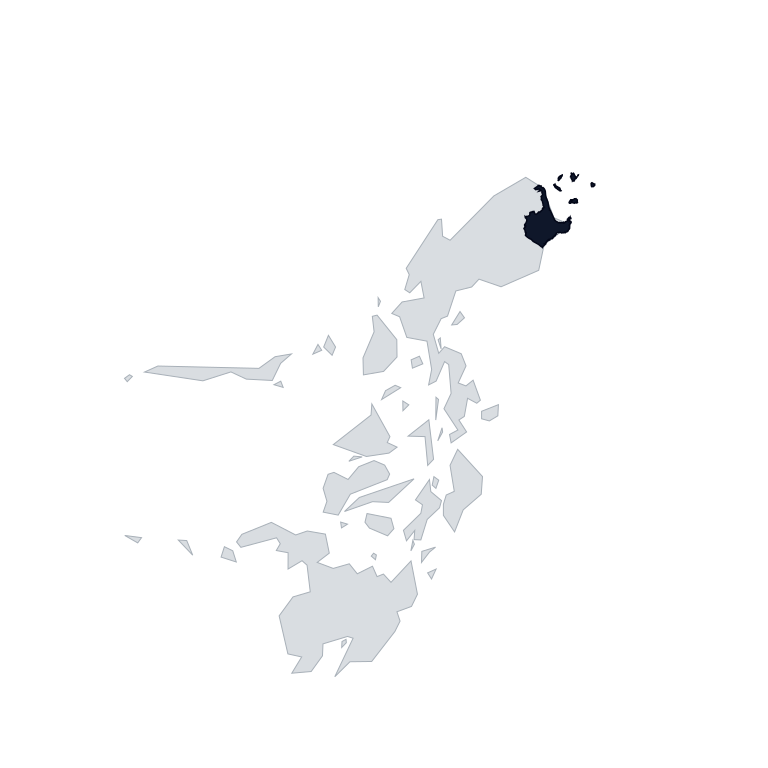 location of Cagayan, Cagayan, Philippines, rotated 45°
{"feature_id": "2640588B33083527354868", "entity_name": "Cagayan", "entity_type": "district", "adm_level": 2, "iso_a3": "PHL", "parent_name": "Philippines", "parent_adm1": "Cagayan", "projection": "mercator", "projection_center": [121.776, 18.537], "detail": "fine", "context": "in_parent", "style": "filled", "palette": "ink", "viewbox_px": 768, "rotation_deg": 45, "n_neighbors": 0, "source": "geoboundaries", "source_scale": "gbopen_adm2", "svg_char_len": 9602}
<svg xmlns="http://www.w3.org/2000/svg" viewBox="0 0 768 768"><g transform="rotate(45 384 384)"><path d="M357.7,133.2L386.7,146.3L403.1,139.6L398.7,172.2L413.0,194.2L398.0,232.5L377.0,242.7L377.4,253.4L369.0,267.4L380.9,291.1L378.2,297.4L383.7,314.0L401.0,323.6L400.5,314.8L417.2,308.0L429.2,313.2L435.7,330.8L443.3,327.4L444.3,318.3L463.6,327.3L463.2,332.0L453.2,335.0L463.7,350.1L462.4,356.5L476.3,359.5L473.1,378.2L466.0,373.3L468.8,364.3L443.9,359.1L438.1,343.2L416.0,324.5L411.0,325.3L418.8,345.1L416.2,353.1L407.4,340.0L384.1,323.3L367.2,334.9L347.5,325.4L339.6,328.6L338.8,313.2L351.5,294.8L337.5,285.3L337.7,301.3L331.9,302.5L324.5,288.8L317.9,286.5L305.9,229.7L308.1,226.8L321.0,238.1L329.1,235.6L328.7,173.3L338.1,137.6L357.7,133.2ZM528.2,490.0L556.3,509.0L560.7,521.8L554.2,535.9L563.0,540.3L566.7,551.3L571.5,588.9L556.3,604.5L556.2,625.8L541.9,585.6L536.7,588.3L524.6,610.9L532.7,619.7L535.8,638.8L523.3,653.7L518.8,635.2L506.9,642.8L473.8,622.1L470.2,598.9L478.8,583.1L457.7,566.5L451.0,566.9L447.0,582.7L435.5,571.1L425.6,577.9L423.6,570.3L416.8,568.7L398.3,600.7L391.4,599.9L389.8,590.8L402.2,561.5L428.3,553.2L433.7,542.2L448.7,531.6L464.9,542.3L462.9,557.4L478.5,550.3L486.6,535.7L499.3,537.1L504.7,521.0L515.3,525.1L518.0,518.8L529.2,519.3L528.2,490.0ZM444.3,509.1L431.6,517.6L426.6,507.3L414.7,500.8L408.3,487.4L411.1,481.9L426.1,476.9L424.6,460.4L431.1,445.2L441.8,440.9L451.7,443.7L453.9,449.4L438.1,485.7L444.3,509.1ZM519.1,379.8L530.7,393.2L529.0,417.0L538.5,438.7L518.9,434.9L511.1,427.1L506.5,418.5L509.6,410.2L488.2,394.8L482.3,378.1L519.1,379.8ZM389.5,406.7L425.4,417.0L427.7,423.1L437.9,419.4L436.4,429.3L422.8,447.7L391.0,462.7L396.8,415.1L389.5,406.7ZM253.7,509.8L206.2,544.9L211.4,531.2L284.5,461.4L287.7,441.7L297.3,428.2L296.3,442.5L302.5,460.5L283.2,477.9L267.2,483.7L253.7,509.8ZM330.4,340.2L361.7,343.6L374.1,355.7L374.8,375.4L363.0,392.1L350.7,380.4L340.1,354.1L327.9,344.4L330.4,340.2ZM493.2,427.0L507.1,425.8L510.8,432.3L510.3,449.2L520.3,468.2L515.3,472.8L509.3,465.8L510.8,479.0L501.2,473.7L501.5,449.4L496.6,442.2L488.2,443.7L483.7,419.4L493.2,427.0ZM446.2,502.1L446.8,481.7L472.3,429.8L471.0,464.5L459.1,475.3L446.2,502.1ZM493.9,488.8L475.6,496.2L468.3,495.2L463.6,487.6L483.9,474.0L493.3,479.3L493.9,488.8ZM441.0,377.6L472.3,402.2L472.5,410.7L450.2,392.2L437.9,403.8L441.0,377.6ZM484.6,335.6L477.6,339.6L472.3,334.3L479.5,317.7L487.0,326.0L484.6,335.6ZM405.4,614.3L391.2,621.6L386.2,611.9L395.0,608.9L405.4,614.3ZM310.3,388.9L323.6,392.1L327.0,400.4L315.2,400.5L310.3,388.9ZM389.4,339.3L397.2,342.3L392.9,352.7L386.1,347.7L389.4,339.3ZM355.2,634.2L369.8,640.3L348.9,639.8L355.2,634.2ZM536.7,483.7L529.1,475.6L535.8,462.9L535.0,470.6L536.7,483.7ZM398.4,374.8L393.3,396.7L389.8,387.6L392.8,377.0L398.4,374.8ZM321.2,664.1L322.2,670.5L307.8,674.4L321.2,664.1ZM394.1,280.3L393.6,290.2L390.1,294.4L386.5,279.0L394.1,280.3ZM420.1,451.0L413.8,463.5L413.7,456.3L420.1,451.0ZM316.1,404.2L312.6,413.2L309.3,402.7L316.1,404.2ZM494.5,421.1L489.6,421.4L484.8,414.2L490.7,413.3L494.5,421.1ZM416.3,381.2L416.3,389.5L409.3,382.7L416.3,381.2ZM555.5,488.3L548.4,486.7L551.7,478.0L555.5,488.3ZM433.5,356.4L446.1,372.9L430.1,356.6L433.5,356.4ZM315.1,457.7L306.7,462.3L309.0,455.0L315.1,457.7ZM457.3,508.9L455.7,515.8L451.0,512.3L457.3,508.9ZM459.4,376.5L462.2,386.2L456.0,373.9L459.4,376.5ZM200.8,563.9L196.5,563.5L197.5,557.4L200.7,556.6L200.8,563.9ZM502.2,514.3L496.7,514.7L496.3,511.0L499.5,510.3L502.2,514.3ZM540.4,600.2L536.4,595.8L537.7,591.4L540.3,593.6L540.4,600.2ZM323.0,328.0L325.4,333.5L318.8,327.1L323.0,328.0ZM518.8,475.8L521.0,483.0L515.0,474.2L518.8,475.8ZM392.3,119.1L385.9,123.8L390.5,116.9L392.3,119.1ZM399.6,318.8L391.0,314.5L391.2,311.6L399.6,318.8ZM369.0,100.8L374.5,106.1L368.4,102.6L369.0,100.8Z" fill="#d9dde1" stroke="#a8b0b8" stroke-width="1"/><path d="M370.5,170.6L370.9,171.1L370.8,171.9L371.0,172.2L371.4,172.3L371.6,172.2L371.9,171.9L372.4,172.0L372.2,172.4L372.7,172.9L372.3,173.0L372.6,173.2L372.8,173.8L372.8,174.4L373.1,175.2L373.8,175.2L374.3,175.5L375.1,175.6L376.1,176.3L376.2,176.6L377.1,176.9L377.3,176.3L377.7,176.4L378.4,177.6L378.2,177.7L378.5,178.0L378.7,178.7L379.0,178.9L381.2,178.8L383.2,178.5L384.6,178.1L384.5,177.9L385.7,177.6L388.7,177.7L394.6,176.0L398.0,175.7L398.6,175.4L399.5,175.5L399.1,174.0L399.3,173.4L399.1,172.5L399.3,172.0L398.9,171.5L399.3,170.8L399.1,170.5L398.9,170.6L399.1,170.3L398.7,169.9L398.7,169.4L398.4,169.2L398.5,168.5L398.5,168.3L398.4,168.4L398.4,167.8L398.1,167.3L398.3,166.3L398.6,166.3L398.9,165.9L398.8,165.7L398.5,165.6L398.7,165.4L398.6,165.2L398.8,165.2L398.7,165.0L399.0,165.0L399.0,164.8L399.3,164.7L399.1,164.1L399.1,163.4L399.6,162.9L399.6,162.7L400.1,162.5L400.0,162.2L400.2,161.8L399.8,161.7L399.7,161.2L399.9,160.7L399.7,160.6L399.7,159.7L400.0,159.5L399.7,159.0L400.0,158.8L400.2,158.4L399.9,158.0L400.1,157.7L399.5,157.0L399.7,156.2L399.9,156.0L399.3,155.8L399.2,155.5L399.3,154.9L399.8,153.7L400.4,153.6L400.9,152.5L401.1,152.5L401.2,152.2L403.0,151.5L403.1,151.2L403.1,150.8L404.0,150.2L404.1,149.8L404.6,149.4L404.4,149.0L404.8,148.9L404.7,148.8L404.7,148.6L405.3,148.2L405.3,147.8L405.8,146.8L405.6,146.7L405.5,146.4L405.9,145.7L405.6,145.5L405.7,145.1L405.4,144.6L405.5,143.8L405.4,143.3L405.2,142.8L404.9,142.8L405.0,142.5L404.6,142.2L404.3,141.6L403.6,141.3L403.4,141.0L402.9,140.8L403.1,140.6L402.8,140.4L402.8,140.2L402.5,139.9L402.5,139.6L402.1,138.9L402.4,138.4L402.3,138.1L401.9,137.2L401.3,137.0L401.0,137.3L400.6,137.3L400.5,137.5L400.3,137.4L400.3,137.2L400.2,137.5L400.1,137.2L399.7,137.3L399.3,137.0L398.9,137.2L399.1,137.3L399.2,137.5L398.6,137.5L398.5,138.8L397.6,140.9L397.9,141.4L397.6,141.9L397.8,142.4L397.9,142.6L397.8,142.4L397.8,142.7L397.4,143.1L397.0,142.8L397.2,142.5L396.9,142.8L396.7,142.7L396.6,143.4L396.0,143.8L395.9,144.1L395.2,144.4L395.2,144.7L394.8,144.9L394.8,145.3L393.8,145.8L393.8,146.2L393.1,146.7L392.0,146.8L391.3,147.2L390.7,147.3L389.2,147.4L389.0,147.5L388.9,147.3L385.7,146.3L378.7,143.6L378.3,143.5L378.3,143.9L378.0,144.0L377.3,143.1L376.8,143.0L374.1,141.5L371.4,139.5L371.0,139.6L370.9,139.3L367.7,137.8L367.9,138.0L367.6,137.9L366.1,137.1L364.8,136.2L361.7,133.6L360.1,132.9L358.9,132.6L357.5,132.7L357.3,133.2L356.2,133.5L355.7,133.4L355.7,133.0L355.6,133.3L355.2,133.1L355.1,132.9L354.8,133.1L354.9,133.3L354.7,133.5L353.9,134.0L353.4,133.8L353.1,134.0L352.6,134.6L352.8,135.1L352.8,135.5L352.1,139.4L353.9,139.3L354.7,137.9L355.3,137.7L355.4,136.7L356.1,136.3L357.4,136.2L357.2,136.8L357.2,138.1L358.4,136.1L359.8,136.1L360.3,136.3L360.3,137.0L362.4,137.9L362.6,140.5L363.5,140.8L364.9,142.5L366.2,142.5L369.4,144.4L370.0,145.1L371.7,145.5L372.0,145.8L372.5,145.9L371.9,146.7L372.0,147.7L372.5,147.6L372.8,148.6L372.7,151.1L372.6,151.5L372.7,152.3L372.4,152.6L372.1,152.7L372.2,153.1L371.7,153.3L371.9,154.1L371.7,156.4L370.4,157.0L368.0,155.9L367.1,157.1L367.4,157.4L367.2,157.5L366.9,157.9L367.0,158.1L366.7,158.4L366.7,158.8L366.4,158.8L366.5,159.5L366.4,159.4L366.4,159.5L366.2,159.4L366.0,159.6L367.7,161.6L367.7,162.0L367.3,163.4L366.4,164.7L366.3,165.6L366.1,165.5L366.2,166.0L365.7,166.0L366.4,166.5L367.7,166.4L368.9,166.9L369.9,168.1L370.0,168.7L370.5,169.5L370.5,170.6ZM374.9,106.0L374.1,104.1L374.5,102.8L374.1,101.8L374.2,101.3L374.1,101.2L373.8,101.3L373.3,102.0L372.8,102.1L372.4,101.9L370.7,101.5L369.8,101.1L369.0,101.1L369.1,101.6L368.9,102.0L368.1,102.4L367.8,102.2L367.3,102.4L367.3,102.6L367.7,102.7L368.6,103.4L368.7,103.6L369.0,103.7L368.9,104.0L369.1,104.3L369.0,104.9L369.5,105.3L369.5,105.6L369.9,105.5L370.9,106.0L371.1,106.3L372.0,106.3L372.3,106.6L373.2,106.8L373.7,107.2L373.7,106.6L374.8,106.3L374.9,106.0ZM390.6,117.2L388.7,117.2L388.6,117.5L387.6,118.4L387.7,118.8L387.7,119.5L386.9,120.5L387.0,120.7L387.4,120.9L387.6,121.3L387.7,121.7L387.5,122.2L386.3,122.6L386.0,122.5L386.1,122.8L386.0,123.0L386.3,124.0L386.4,124.6L387.0,125.0L387.3,125.0L388.0,124.4L388.0,123.6L388.5,123.2L388.5,122.7L389.3,122.3L389.6,122.3L390.2,121.8L390.5,121.7L390.4,121.4L390.9,121.3L391.1,120.8L390.8,120.5L391.2,120.0L391.5,120.1L391.7,119.8L391.9,120.0L392.3,119.7L392.5,118.9L391.9,118.5L391.6,118.6L391.4,118.4L391.3,118.1L390.6,117.2ZM369.9,121.2L368.5,121.5L367.8,121.9L367.2,121.8L366.5,122.2L365.8,122.4L364.9,122.1L364.7,122.1L364.8,122.6L364.5,122.9L364.5,123.2L365.0,123.7L366.1,123.9L367.2,123.8L368.3,123.5L369.0,123.6L370.3,123.2L371.4,123.2L372.5,122.4L372.5,122.1L371.8,122.2L369.9,121.2ZM391.6,93.6L390.6,94.3L390.3,94.2L389.8,94.4L388.7,94.6L388.6,94.8L388.6,95.2L388.9,95.5L388.8,95.8L388.9,96.1L389.4,96.2L390.0,96.9L391.2,97.6L391.4,97.6L391.5,97.4L392.4,96.5L392.5,96.1L392.5,94.5L391.6,93.6ZM362.2,110.2L362.1,110.4L362.0,111.4L361.7,111.7L361.4,112.9L361.4,114.5L362.1,115.7L362.9,116.0L363.1,116.8L363.4,116.8L363.6,116.1L363.4,114.8L363.5,113.7L363.3,113.5L363.4,113.0L362.9,112.1L362.8,110.9L362.2,110.2ZM398.5,137.3L398.7,136.9L398.4,136.5L398.9,136.0L398.9,135.1L399.0,135.0L398.8,134.9L398.8,134.6L398.4,134.7L398.0,134.5L398.2,134.8L397.5,134.9L397.5,135.0L397.3,135.1L397.4,135.3L397.1,135.4L397.1,135.9L397.3,136.1L397.6,135.9L397.7,136.0L397.3,136.4L397.5,136.6L397.2,136.9L397.3,137.5L397.2,137.8L397.3,137.9L398.0,137.1L398.3,137.1L398.5,137.3ZM363.6,122.4L363.3,122.6L363.2,123.1L363.4,123.3L363.7,123.3L364.0,123.1L364.1,122.7L363.6,122.4ZM373.6,98.8L373.4,99.3L373.8,99.8L373.9,99.6L373.8,99.1L373.6,98.8ZM363.6,122.1L364.1,122.4L364.3,122.2L364.2,122.1L363.9,122.1L363.6,121.9L363.6,122.1ZM386.3,121.1L386.1,121.3L386.5,121.6L386.5,121.2L386.3,121.1ZM397.9,137.4L397.9,137.6L398.0,137.8L398.1,137.5L397.9,137.4Z" fill="#0f172a" stroke="#020617" stroke-width="1.5"/></g></svg>